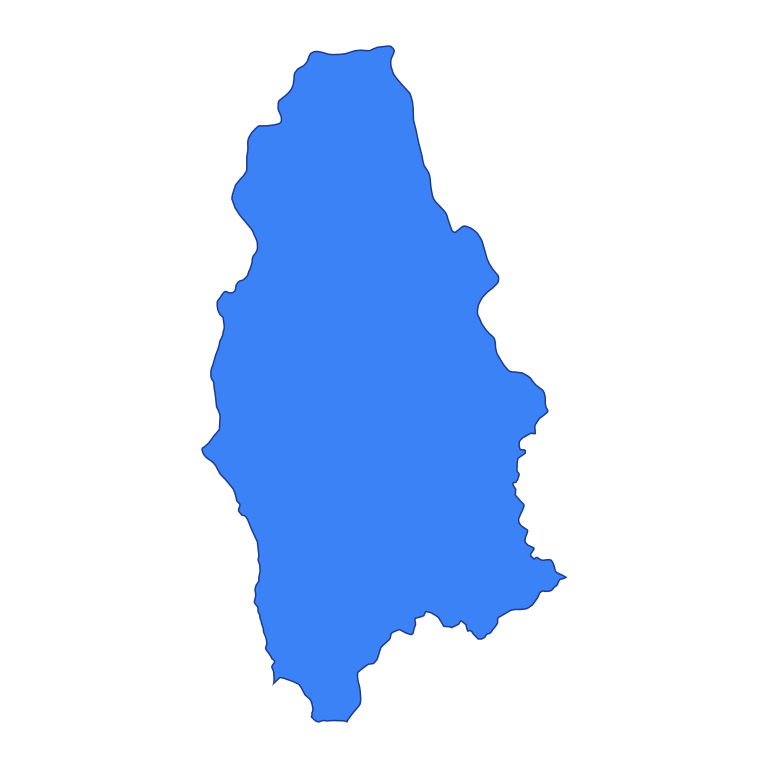 outline of Tua Chua, Điện Biên, Vietnam
{"feature_id": "81297802B50800303075237", "entity_name": "Tua Chua", "entity_type": "district", "adm_level": 2, "iso_a3": "VNM", "parent_name": "Vietnam", "parent_adm1": "Điện Biên", "projection": "equal_earth", "projection_center": [103.373, 21.971], "detail": "fine", "context": "isolated", "style": "filled", "palette": "blue", "viewbox_px": 768, "rotation_deg": 0, "n_neighbors": 0, "source": "geoboundaries", "source_scale": "gbopen_adm2", "svg_char_len": 6085}
<svg xmlns="http://www.w3.org/2000/svg" viewBox="0 0 768 768"><path d="M273.7,683.4L279.7,677.7L281.1,677.7L283.3,678.1L293.1,681.5L298.7,684.3L300.6,686.5L305.2,695.1L309.4,698.7L310.9,700.7L312.0,704.0L312.8,707.9L312.9,710.0L312.4,712.0L311.9,713.0L312.0,715.0L311.4,717.0L314.3,719.8L316.5,721.4L318.9,721.9L323.4,720.4L326.2,720.9L334.0,720.5L345.1,720.9L347.1,721.8L347.4,720.8L348.3,719.2L352.1,714.0L359.1,705.7L360.1,703.9L360.6,701.5L360.7,698.8L360.3,692.2L359.7,687.5L357.8,679.8L357.5,676.4L357.6,673.1L357.9,672.3L361.2,669.5L367.7,664.6L369.2,664.1L373.1,663.6L374.2,662.9L376.6,660.1L377.4,658.7L380.5,648.6L381.3,646.9L389.2,639.7L390.1,638.3L390.4,637.3L391.0,634.1L391.4,633.4L393.1,632.1L399.0,629.6L400.0,629.8L405.8,632.9L410.7,634.6L412.0,634.4L412.9,633.6L413.2,632.7L413.8,629.7L415.6,624.3L415.4,622.4L414.9,620.4L415.1,618.8L415.6,618.2L421.9,616.5L423.8,615.6L425.6,611.7L427.1,611.7L431.2,612.8L435.3,615.2L438.2,617.3L441.7,622.6L443.7,626.3L449.8,626.8L451.6,627.6L458.5,624.3L460.5,621.1L461.5,621.1L465.9,624.6L466.9,628.9L467.9,631.1L469.6,630.6L470.7,630.8L471.7,631.5L473.4,634.1L478.2,639.0L481.7,639.0L484.9,637.2L486.3,634.8L487.1,634.0L489.4,633.5L490.5,632.8L491.5,631.6L492.4,630.1L494.6,627.5L497.1,624.0L497.6,622.6L497.6,619.7L497.8,617.9L510.9,610.2L515.4,609.4L519.8,609.5L525.8,608.9L528.0,608.0L532.1,605.2L533.8,603.1L537.8,597.4L539.5,593.2L540.2,592.4L542.6,590.9L545.1,591.4L547.6,591.3L550.3,590.9L552.2,589.8L554.3,587.1L556.7,585.6L559.2,580.4L560.0,579.3L563.8,578.5L566.0,577.3L562.9,575.5L557.0,572.7L555.3,571.1L554.1,565.8L553.5,564.3L552.6,562.2L551.0,560.1L548.6,559.6L542.6,560.3L540.4,559.6L537.3,557.5L535.9,557.7L534.0,559.0L530.8,555.9L530.6,554.2L533.6,549.8L534.0,548.8L533.9,548.1L532.8,547.3L528.1,545.3L525.3,542.5L525.0,540.0L525.5,537.0L527.0,533.4L527.6,531.2L527.5,530.3L527.0,529.7L521.8,526.3L519.5,523.6L518.8,521.9L518.6,519.3L518.8,518.5L520.0,515.4L522.7,509.7L524.0,506.0L523.9,504.8L523.3,503.7L521.7,502.4L515.4,495.2L515.4,493.4L515.7,489.3L512.8,484.4L512.9,483.3L513.7,482.5L515.8,482.4L516.4,481.5L517.6,479.6L519.1,475.2L519.0,473.7L517.5,471.8L516.9,470.2L517.2,463.2L517.7,459.2L518.3,458.0L524.8,453.6L525.3,452.8L525.3,450.4L524.5,450.0L520.2,449.5L519.1,446.3L519.3,441.9L520.2,440.3L522.3,438.1L529.6,433.9L531.2,433.1L534.5,433.8L535.3,433.5L534.8,426.1L535.5,424.4L539.6,418.2L541.3,417.2L546.8,412.8L547.6,411.9L547.8,410.8L547.7,410.3L546.2,407.7L545.7,405.9L545.3,403.0L545.3,397.8L544.1,392.6L542.6,390.1L535.6,384.8L533.4,382.2L530.5,378.2L528.1,376.2L522.3,373.0L516.1,372.1L511.5,371.9L509.0,370.9L506.8,368.6L504.5,365.9L502.5,363.0L497.3,354.3L496.5,351.9L495.6,348.1L495.3,342.4L494.4,338.7L492.7,336.5L489.0,333.4L488.1,332.1L486.4,330.5L481.7,323.7L480.6,320.9L477.6,314.4L477.4,311.5L477.9,307.5L478.4,305.0L479.8,302.0L482.3,297.5L486.9,292.5L492.4,288.2L497.1,283.6L498.2,281.9L498.5,280.1L498.6,278.8L498.4,276.4L498.1,275.7L492.9,269.4L489.4,264.0L487.1,258.9L482.3,241.8L480.9,238.7L477.8,234.0L475.8,231.8L472.9,229.5L470.4,227.9L465.4,226.1L464.1,226.1L462.4,226.6L455.6,232.2L454.6,232.3L452.8,231.5L451.7,229.9L447.7,218.5L447.2,216.1L446.4,214.2L444.7,211.5L443.0,209.6L435.6,201.9L433.6,198.8L432.6,196.1L431.7,191.7L430.8,186.5L430.2,179.0L429.7,176.0L428.6,172.6L423.9,165.1L422.8,160.5L421.9,155.5L418.3,141.3L416.1,130.5L413.5,120.0L413.2,108.8L412.5,102.0L411.4,97.7L410.1,93.9L409.4,92.7L402.4,85.2L396.1,77.8L394.1,75.0L392.8,72.2L391.2,67.1L390.7,63.7L390.8,60.9L391.2,58.8L393.8,52.8L394.2,51.3L394.1,50.3L393.1,48.4L390.5,46.2L387.5,46.1L377.7,47.3L373.7,48.7L370.0,50.6L366.0,50.6L360.8,50.2L355.2,50.7L345.4,53.7L340.3,54.4L332.6,54.6L328.9,54.3L322.2,52.4L316.7,51.4L314.0,51.7L310.7,53.5L310.0,54.5L308.9,56.7L307.3,61.3L306.4,62.6L304.4,65.0L302.5,66.4L299.4,68.0L297.3,69.5L294.7,73.1L294.2,75.0L294.0,79.3L293.2,84.7L292.5,86.8L290.8,90.0L288.3,93.0L284.9,96.1L279.2,100.5L278.6,101.8L278.2,103.0L278.1,108.5L278.5,110.4L280.9,115.7L281.3,117.5L281.4,120.3L281.2,121.5L280.6,122.5L279.6,123.3L278.2,123.9L274.2,124.9L266.1,125.9L259.1,125.9L258.4,126.2L256.0,128.2L251.9,132.4L249.2,136.9L248.1,139.8L247.8,142.2L247.9,150.0L246.8,157.0L246.8,169.0L246.6,170.6L246.0,171.9L243.3,176.0L240.5,178.9L235.6,185.0L232.6,194.1L232.2,196.3L231.9,198.1L232.0,199.2L235.1,207.9L239.9,215.3L251.3,228.9L252.8,231.3L254.2,234.9L256.2,239.2L257.1,241.6L257.3,243.5L257.5,247.5L257.3,249.2L256.8,250.7L255.5,253.2L253.1,256.1L252.2,259.4L252.1,262.3L251.6,264.2L250.0,269.1L249.0,271.0L247.6,275.4L246.4,277.0L243.6,279.6L242.4,280.3L240.1,280.8L238.2,282.0L236.2,285.0L235.3,290.0L234.9,291.0L234.3,291.5L232.7,292.6L231.5,292.9L229.0,292.8L226.1,291.5L225.4,291.4L224.1,292.1L221.8,294.8L220.4,297.4L217.9,300.4L217.2,302.0L217.2,306.0L217.9,310.2L219.9,314.5L222.7,317.0L223.1,317.7L224.2,325.4L224.2,328.5L223.5,330.7L222.5,335.7L219.8,341.5L219.1,345.3L217.8,349.5L215.4,355.9L213.1,364.2L211.8,367.7L210.9,371.1L210.9,376.6L211.7,379.1L213.4,381.7L213.8,382.6L214.1,387.6L215.2,394.0L216.6,407.0L218.5,410.8L219.7,414.2L220.1,416.4L219.4,429.2L219.2,429.7L213.9,436.0L208.8,442.9L204.4,446.9L202.6,447.9L202.2,448.7L202.0,449.8L202.8,452.4L203.7,454.4L205.7,456.9L208.1,458.9L210.8,460.6L213.4,462.8L215.8,465.9L219.8,473.4L220.8,474.7L225.4,479.4L233.1,488.8L234.7,492.4L236.2,497.7L236.7,500.8L239.8,504.1L239.9,505.9L238.6,509.1L238.7,511.2L241.7,515.0L244.6,515.8L245.9,516.8L247.1,518.6L247.7,519.7L251.2,528.5L257.4,541.9L258.8,554.9L258.8,556.3L258.1,559.7L258.3,560.8L259.8,565.0L260.1,571.2L258.8,577.5L258.9,581.0L256.2,585.1L255.1,588.5L255.1,590.9L255.6,593.5L255.7,596.1L254.3,601.9L254.5,602.8L255.3,604.0L258.0,607.4L258.0,611.0L258.4,612.6L259.6,614.7L260.1,618.7L261.1,620.7L261.7,624.0L263.3,628.4L263.4,630.7L263.6,632.2L265.9,637.5L266.6,641.1L266.8,643.8L266.7,644.6L265.7,647.3L265.7,648.6L266.1,649.6L270.1,655.2L271.9,658.6L274.4,660.7L274.6,661.3L274.4,662.6L272.8,664.6L272.2,665.6L271.9,666.7L271.9,667.5L273.1,670.0L273.6,671.9L274.1,678.0L274.0,682.3L273.7,683.4Z" fill="#3b82f6" stroke="#1e3a8a" stroke-width="1.5"/></svg>